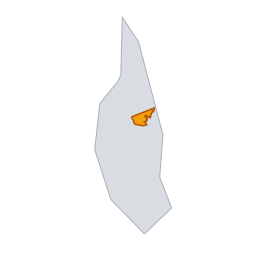 Ngermechau, Melekeok, Palau shown in context, rotated 336°
{"feature_id": "81905179B2949458195189", "entity_name": "Ngermechau", "entity_type": "district", "adm_level": 2, "iso_a3": "PLW", "parent_name": "Palau", "parent_adm1": "Melekeok", "projection": "albers", "projection_center": [134.622, 7.54], "detail": "fine", "context": "in_parent", "style": "filled", "palette": "amber", "viewbox_px": 256, "rotation_deg": 336, "n_neighbors": 0, "source": "geoboundaries", "source_scale": "gbopen_adm2", "svg_char_len": 2373}
<svg xmlns="http://www.w3.org/2000/svg" viewBox="0 0 256 256"><g transform="rotate(336 128 128)"><path d="M135.3,218.8L99.9,231.4L83.3,186.4L88.8,134.2L112.3,94.1L137.8,81.3L143.0,76.7L167.8,24.6L172.7,53.3L157.1,148.6L137.0,185.7L135.3,218.8Z" fill="#d9dde1" stroke="#a8b0b8" stroke-width="1"/><path d="M146.0,132.6L145.9,132.5L145.9,132.4L145.9,132.2L145.9,131.9L146.0,131.7L146.0,131.4L146.0,131.2L146.1,130.9L146.2,130.7L146.3,130.5L146.3,130.4L146.5,130.3L146.7,130.2L146.8,129.9L146.8,129.7L146.8,129.4L146.7,129.3L146.6,129.2L146.4,129.2L146.2,129.2L145.9,129.0L146.0,129.0L146.3,129.1L146.6,129.0L146.9,129.0L147.0,128.9L147.3,128.9L147.5,128.9L147.8,128.8L148.0,128.8L148.1,128.7L148.3,128.7L148.5,128.7L148.8,128.4L148.9,128.2L148.8,127.9L149.0,127.9L149.2,127.7L149.1,127.4L149.1,127.2L149.0,126.9L149.1,126.7L149.1,126.4L149.0,126.2L148.9,126.0L148.9,125.9L149.0,125.8L149.0,126.0L149.2,126.3L149.3,126.2L149.5,126.1L149.4,125.9L149.3,125.7L149.2,125.7L149.1,125.3L149.0,125.2L149.1,124.8L149.0,124.7L148.9,124.5L148.9,124.4L148.7,124.4L148.8,124.3L148.8,124.2L148.7,124.0L148.8,124.0L148.8,123.9L148.8,123.7L149.1,123.6L149.2,123.8L149.3,123.9L149.4,124.0L149.5,124.2L149.5,124.3L149.8,124.3L149.9,124.5L149.7,124.6L149.6,124.8L149.6,125.0L149.8,125.2L149.8,124.9L149.9,125.0L150.0,125.0L150.3,125.2L150.5,125.2L150.5,125.3L150.8,125.4L150.9,125.5L151.0,125.5L151.2,125.8L151.1,126.0L151.3,126.2L151.3,126.3L151.5,126.3L151.7,126.5L151.8,126.5L152.0,126.6L152.0,126.8L152.2,127.0L152.3,127.1L152.5,127.1L152.5,127.5L152.8,127.2L152.8,127.3L152.9,127.1L152.9,126.9L153.0,126.8L153.1,126.7L153.3,126.6L153.5,126.6L153.5,126.4L153.4,126.3L153.6,126.0L153.8,125.9L153.9,125.7L154.1,125.5L154.1,125.4L154.3,125.2L154.6,125.1L154.7,124.9L154.8,124.8L154.9,124.7L155.0,124.7L155.3,124.3L155.5,124.2L155.8,123.9L156.0,123.7L156.3,123.5L156.5,123.3L156.6,123.2L156.8,123.1L156.9,123.3L157.0,123.3L157.2,123.5L157.3,123.5L157.5,123.5L157.6,123.4L157.8,123.3L157.9,123.2L157.9,122.9L158.0,123.0L158.3,122.9L158.5,122.8L158.6,122.7L158.8,122.4L159.0,122.2L159.2,121.9L159.3,121.9L159.4,121.7L159.5,121.7L159.6,121.4L159.7,121.2L159.8,121.0L159.9,120.9L160.0,120.6L160.1,120.4L136.2,119.3L136.1,119.7L135.6,120.8L135.8,121.5L136.0,124.4L135.6,124.9L135.8,126.0L135.6,126.9L136.5,127.9L142.6,132.1L146.0,132.6Z" fill="#f59e0b" stroke="#b45309" stroke-width="1.5"/></g></svg>